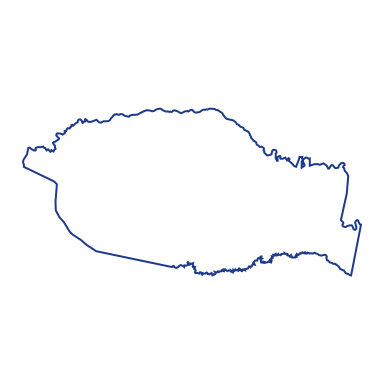 the district of Río Chico, Tucumán, Argentina
{"feature_id": "61730980B68338717287929", "entity_name": "Río Chico", "entity_type": "district", "adm_level": 2, "iso_a3": "ARG", "parent_name": "Argentina", "parent_adm1": "Tucumán", "projection": "robinson", "projection_center": [-65.661, -27.448], "detail": "fine", "context": "isolated", "style": "outline", "palette": "blue", "viewbox_px": 384, "rotation_deg": 0, "n_neighbors": 0, "source": "geoboundaries", "source_scale": "gbopen_adm2", "svg_char_len": 6029}
<svg xmlns="http://www.w3.org/2000/svg" viewBox="0 0 384 384"><path d="M28.3,147.8L27.0,154.4L23.7,159.4L23.0,161.9L23.9,164.8L23.9,166.9L53.2,181.0L54.6,181.9L56.9,184.3L55.5,201.6L55.8,210.4L59.4,217.2L63.9,222.2L69.7,231.7L72.8,234.7L81.0,240.0L86.7,245.0L96.2,251.2L171.3,266.9L172.2,266.9L172.7,266.2L173.7,265.9L174.4,267.2L176.2,267.9L178.4,267.0L179.2,265.8L180.8,265.1L183.0,266.0L184.2,267.0L184.5,265.4L186.1,265.7L188.1,264.9L187.5,262.5L188.0,262.1L189.9,264.6L190.8,264.2L191.0,263.6L192.2,263.7L193.1,263.2L192.9,265.1L193.5,266.1L192.8,266.9L193.2,267.2L194.9,267.0L194.1,268.8L194.4,269.2L195.0,269.1L195.6,270.4L195.0,272.2L195.4,273.1L197.0,272.8L199.5,273.6L200.1,272.2L202.2,272.9L201.8,274.2L202.2,274.7L203.4,273.5L205.2,273.6L206.5,272.5L207.0,272.7L207.5,273.9L208.5,273.7L209.2,274.4L211.6,273.0L212.4,275.3L213.4,275.0L213.9,274.2L214.2,274.5L215.2,274.0L215.7,272.9L215.1,272.0L216.8,272.5L217.6,271.5L218.8,272.1L219.1,271.3L221.4,271.3L222.0,270.6L224.1,271.3L224.4,270.6L224.0,270.0L222.7,270.3L222.2,270.0L223.0,269.4L225.3,269.3L227.3,271.1L228.9,270.4L230.1,270.5L231.1,271.8L231.6,271.7L231.4,271.0L232.9,272.4L233.4,271.2L233.1,270.6L233.2,270.0L234.0,271.0L235.1,269.5L235.5,270.4L236.9,269.9L237.6,270.5L238.1,270.4L238.3,270.0L237.9,269.8L238.2,269.7L238.5,270.6L238.9,270.2L238.7,269.0L239.0,268.5L239.6,269.4L240.1,269.0L240.5,269.2L241.0,269.9L240.6,270.4L242.0,271.2L242.4,270.8L241.9,270.3L242.6,269.5L243.6,269.4L245.1,270.2L244.9,269.1L247.8,268.6L249.0,266.4L250.2,266.5L250.5,267.2L251.2,266.3L251.7,266.4L251.9,265.3L253.0,264.5L254.8,264.7L254.3,263.7L253.1,263.3L253.3,262.4L254.3,261.7L255.1,260.5L257.2,260.5L258.0,258.2L260.4,257.3L261.2,256.3L261.5,256.4L261.3,256.9L259.5,258.2L260.3,259.1L261.7,258.3L262.1,258.5L261.2,259.1L260.7,260.0L261.2,262.5L261.8,262.5L262.1,262.1L262.7,262.5L263.1,261.8L263.7,262.4L264.1,261.8L265.0,262.1L264.8,262.8L267.5,262.3L268.3,261.6L271.1,262.5L271.4,261.4L270.5,261.7L269.5,260.7L270.1,259.6L271.4,259.8L271.5,258.9L270.9,258.7L271.2,258.2L272.5,258.0L271.9,256.3L273.1,256.6L273.9,255.8L273.4,254.8L274.4,254.9L275.7,253.9L276.0,255.2L276.5,255.0L276.6,255.5L277.0,255.5L277.8,255.0L278.3,254.1L278.9,254.9L280.2,254.6L280.8,255.1L281.7,253.9L284.2,253.7L284.3,253.0L285.2,253.9L286.1,253.7L286.7,254.5L287.2,254.2L287.4,253.3L287.7,254.7L287.3,255.1L287.5,255.4L288.4,255.4L289.6,256.1L290.5,255.5L290.1,256.7L290.8,256.9L291.6,256.4L291.8,257.4L295.3,257.5L296.6,256.8L295.6,255.9L296.7,254.0L297.3,254.6L297.1,255.1L298.1,255.1L298.7,254.8L299.2,253.9L299.8,254.0L300.1,253.2L301.6,253.4L302.4,252.4L303.4,253.0L304.0,252.6L304.5,253.4L305.6,253.4L305.7,252.7L306.8,253.5L308.1,252.3L307.8,253.2L308.6,253.0L309.3,253.5L310.2,253.2L312.8,253.6L314.4,252.8L317.7,254.1L318.9,255.0L321.3,255.6L325.0,254.7L325.9,255.2L326.8,256.5L326.3,257.9L327.1,260.3L328.3,260.8L329.9,262.4L332.2,263.0L333.2,263.9L334.8,263.7L335.4,264.3L335.8,264.2L338.7,266.5L340.3,269.1L343.9,270.5L345.2,272.5L346.4,273.5L348.1,273.9L349.3,274.8L351.1,275.4L361.0,224.6L360.1,224.5L359.5,223.9L358.0,220.4L357.1,220.2L356.3,220.5L355.4,221.8L355.2,222.9L356.3,226.8L356.2,228.8L355.5,229.6L354.4,229.8L353.5,229.0L352.5,226.3L351.7,225.3L350.2,225.3L347.6,225.9L345.5,227.1L343.2,226.4L342.6,225.8L342.5,224.5L343.3,223.5L343.2,222.4L340.9,220.2L346.8,193.3L348.1,177.7L348.2,176.2L347.3,173.8L344.7,170.6L344.0,168.1L343.0,167.3L343.4,166.2L344.7,164.8L344.3,163.6L343.2,163.0L340.9,163.3L339.1,165.5L338.2,167.7L336.2,168.1L335.2,168.0L332.8,165.3L331.9,165.0L330.9,165.6L329.2,168.4L328.3,168.7L326.8,165.8L323.6,163.4L319.7,164.8L317.6,164.1L314.3,164.2L309.8,165.7L309.8,158.4L308.2,158.6L306.8,157.6L305.6,157.6L304.2,158.6L303.0,160.1L303.1,162.0L304.2,164.2L303.8,164.3L304.4,164.6L304.4,165.8L301.7,167.6L301.7,161.9L302.8,159.7L302.0,158.2L302.2,157.0L299.5,157.0L299.2,158.6L296.1,166.8L294.2,166.0L291.4,162.9L289.2,161.2L289.0,160.7L289.5,159.1L288.7,158.2L288.2,158.5L287.6,160.4L287.1,160.5L285.3,157.6L282.4,158.8L280.6,158.7L280.3,158.4L280.4,156.4L279.7,155.9L277.4,157.1L277.7,160.7L277.0,160.8L275.7,158.4L275.7,153.5L276.5,152.8L276.4,151.2L275.8,150.2L273.7,149.7L272.4,150.5L271.4,154.4L268.3,155.4L267.1,155.4L264.3,152.7L264.2,151.0L263.5,150.1L264.0,149.0L263.6,147.8L261.5,146.8L259.7,146.9L258.9,145.9L256.8,144.6L255.9,142.1L254.5,141.1L253.4,140.8L253.0,139.8L251.4,138.2L250.7,136.1L250.0,135.3L249.8,134.2L248.4,131.8L244.1,129.7L243.4,127.8L240.4,126.7L238.4,124.7L236.9,124.2L236.0,122.5L233.3,120.4L226.5,118.8L224.4,116.6L222.1,113.0L217.7,110.1L215.9,109.9L214.6,109.0L209.9,108.6L207.5,109.6L206.7,109.3L205.1,109.8L203.4,109.7L201.8,110.4L199.6,112.1L195.6,112.6L194.1,112.0L192.4,110.0L191.5,109.8L190.4,110.1L188.4,111.5L187.5,111.1L184.9,111.4L181.4,113.2L179.3,112.4L177.6,111.3L174.6,110.3L173.0,110.8L171.7,112.0L170.4,111.7L169.2,111.9L168.0,111.4L166.2,111.6L163.0,110.4L161.0,108.8L159.7,108.6L157.3,109.1L155.6,109.8L154.6,110.7L152.1,111.3L150.5,110.6L146.7,110.2L143.5,111.4L137.3,114.6L131.6,115.0L129.7,115.7L129.3,116.5L128.6,116.7L124.6,115.8L122.6,114.3L120.5,114.1L118.6,114.9L116.7,114.1L115.4,114.6L114.6,114.5L113.3,115.5L112.6,116.8L111.5,117.7L109.8,120.2L108.4,121.1L103.2,121.4L100.9,122.7L98.9,122.2L96.5,119.8L90.9,121.9L88.8,121.9L88.0,121.6L86.1,119.4L85.3,119.1L84.9,119.9L85.2,121.4L83.7,121.7L83.3,122.6L82.6,122.9L82.1,122.2L81.7,120.6L80.1,119.4L79.5,119.3L78.3,120.0L77.6,122.1L75.7,123.3L73.1,125.8L72.5,125.7L72.1,124.9L71.5,125.1L71.1,126.8L70.1,127.3L69.8,128.4L67.8,128.2L67.1,128.6L66.2,131.0L64.7,131.1L65.0,132.5L64.6,133.5L63.7,133.6L62.7,134.6L60.8,133.6L57.4,133.4L56.7,133.7L56.3,134.9L56.4,135.6L59.1,138.5L58.5,139.4L55.2,141.7L53.4,142.2L53.0,142.7L53.1,143.4L54.9,145.7L55.0,147.6L55.6,148.8L54.5,149.5L53.6,151.5L51.5,150.2L51.1,151.4L50.4,151.8L48.1,149.3L46.6,150.4L45.2,148.0L44.0,147.8L43.2,146.6L40.2,147.3L38.5,147.0L36.0,147.7L35.5,148.2L35.9,149.9L35.4,150.5L33.7,150.4L30.7,148.6L29.9,147.6L28.3,147.8Z" fill="none" stroke="#1e3a8a" stroke-width="2"/></svg>